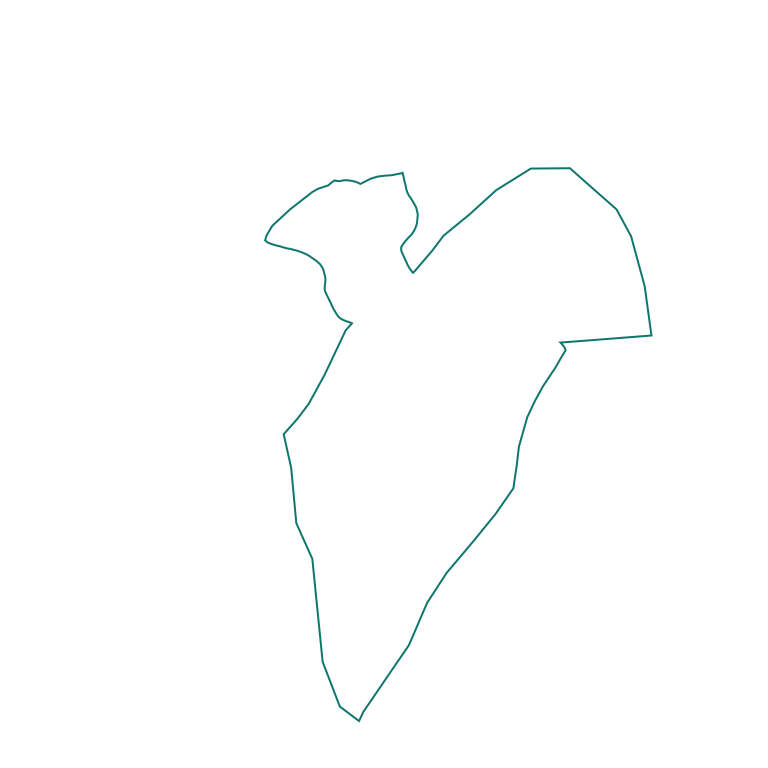 La Croix Chaubough, Castries, Saint Lucia (Albers equal-area conic projection), rotated 127°
{"feature_id": "8701671B80997210152417", "entity_name": "La Croix Chaubough", "entity_type": "district", "adm_level": 2, "iso_a3": "LCA", "parent_name": "Saint Lucia", "parent_adm1": "Castries", "projection": "albers", "projection_center": [-60.941, 14.011], "detail": "fine", "context": "isolated", "style": "outline", "palette": "teal", "viewbox_px": 768, "rotation_deg": 127, "n_neighbors": 0, "source": "geoboundaries", "source_scale": "gbopen_adm2", "svg_char_len": 5013}
<svg xmlns="http://www.w3.org/2000/svg" viewBox="0 0 768 768"><g transform="rotate(127 384 384)"><path d="M184.3,199.6L148.9,234.8L117.3,275.6L104.6,303.4L102.1,335.8L99.8,365.4L118.0,389.1L123.6,396.4L142.1,403.5L161.6,411.0L176.8,413.9L196.4,417.6L229.7,425.7L248.6,425.7L275.6,427.4L277.1,427.6L277.8,427.7L277.7,428.5L275.9,434.1L275.6,434.7L275.4,435.3L274.9,436.3L274.4,437.3L273.8,438.3L273.0,439.8L272.7,440.3L272.2,441.4L271.6,442.5L271.0,443.6L270.4,444.6L269.8,445.9L269.2,446.8L268.7,447.8L268.2,448.9L267.5,449.8L266.8,450.6L266.0,451.5L265.5,451.8L264.9,452.2L264.1,452.7L263.1,452.8L262.0,452.8L260.9,452.9L259.6,452.9L258.4,452.9L257.2,453.0L256.1,452.8L254.9,452.7L253.7,452.6L252.8,452.6L252.1,452.5L251.5,452.4L250.3,452.2L249.1,452.1L247.9,451.9L246.9,452.0L245.7,452.0L244.5,452.2L243.8,452.2L243.2,452.3L242.2,452.5L240.8,452.7L239.6,453.1L238.5,453.4L237.4,453.8L236.3,454.2L235.3,454.7L234.4,455.3L233.4,455.8L232.5,456.4L231.4,457.1L230.0,458.0L229.4,458.3L228.8,458.7L228.3,459.1L227.7,459.7L226.9,460.6L226.1,461.6L225.4,462.4L224.3,463.7L224.0,464.1L223.4,465.1L222.8,466.2L222.5,467.2L221.9,468.6L221.5,469.4L221.2,470.1L220.9,470.8L220.4,472.0L220.0,473.0L219.5,474.4L219.1,475.7L218.7,476.8L218.4,477.9L217.8,478.9L217.2,480.1L216.8,480.9L216.2,481.8L215.5,482.7L214.6,483.9L213.6,484.9L212.8,485.8L212.1,486.6L211.4,487.6L210.7,488.4L209.9,489.5L209.2,490.3L208.5,491.2L207.7,492.0L207.0,492.8L206.2,493.7L205.5,494.6L204.7,495.5L204.1,496.3L205.5,497.1L206.8,498.3L212.8,503.7L216.0,507.4L217.6,509.2L219.3,511.0L222.3,514.0L228.2,518.3L238.4,523.2L238.7,524.5L238.8,525.1L238.9,525.7L239.0,526.3L239.1,526.9L239.3,527.5L239.5,528.1L239.7,528.7L239.9,529.3L240.2,529.8L240.5,530.5L240.9,531.3L241.1,531.9L241.5,532.5L241.9,533.2L242.2,533.8L242.6,534.6L242.9,535.1L243.2,535.6L243.6,536.2L243.9,536.7L244.3,537.2L244.8,537.8L245.3,538.4L245.8,539.0L246.2,539.4L247.0,540.0L247.5,540.5L248.1,540.8L248.6,541.3L248.9,541.8L249.4,542.4L249.8,543.1L250.0,543.7L250.4,544.2L250.7,544.8L251.0,545.4L251.1,546.0L254.9,547.2L259.0,548.1L260.6,549.2L264.9,552.2L268.0,554.3L273.9,556.8L301.1,564.1L324.8,568.4L336.1,567.2L340.8,565.4L341.0,562.1L340.8,561.4L340.7,560.8L340.5,560.2L340.3,559.4L340.1,558.7L340.0,558.1L339.7,557.6L339.5,556.9L339.3,556.3L339.0,555.7L338.8,555.0L338.6,554.4L338.3,553.8L338.1,553.2L337.8,552.6L337.6,552.0L337.3,551.3L337.0,550.7L336.8,550.2L336.5,549.6L336.3,548.8L336.0,548.2L335.8,547.6L335.6,547.0L335.3,546.4L335.1,545.7L334.9,545.1L334.7,544.6L334.4,543.9L334.1,543.2L333.8,542.6L333.4,541.8L333.1,541.3L332.8,540.7L332.4,539.9L332.2,539.3L331.9,538.7L331.6,538.1L331.4,537.5L331.2,536.8L330.9,536.1L330.6,535.5L330.4,535.0L330.1,534.3L329.9,533.7L329.7,533.1L329.5,532.5L329.3,532.0L329.0,531.2L328.7,530.4L328.5,529.6L328.4,529.0L328.2,528.3L328.0,527.6L327.8,527.0L327.7,526.3L327.5,525.6L327.3,524.8L327.2,524.3L327.1,523.6L327.0,523.1L326.9,522.5L326.9,521.9L326.8,521.3L326.7,520.6L326.6,519.9L326.6,519.2L326.6,518.4L326.6,517.7L326.5,517.1L326.5,516.2L326.5,515.4L326.5,514.8L326.4,514.0L326.4,513.4L326.4,512.7L326.5,512.1L326.4,511.4L326.5,510.7L326.5,510.1L326.6,509.5L326.6,508.8L326.7,507.9L326.8,507.2L327.0,506.6L327.2,506.0L327.5,505.2L327.7,504.5L327.9,503.8L328.3,503.0L328.6,502.4L328.9,501.8L329.2,501.2L329.6,500.7L330.1,500.1L330.5,499.7L330.9,499.2L331.2,498.7L331.7,498.2L332.2,497.5L332.7,496.9L333.2,496.2L333.7,495.7L334.1,495.3L334.6,494.7L335.1,494.2L335.6,493.8L336.1,493.5L336.7,493.2L337.2,492.8L337.7,492.4L338.2,492.0L338.9,491.7L339.5,491.3L340.1,491.0L340.6,490.7L341.2,490.3L341.8,490.0L342.3,489.7L342.8,489.3L343.5,488.8L344.1,488.2L344.7,487.6L345.2,487.2L345.5,486.7L345.8,486.2L346.1,485.6L346.4,485.0L346.8,484.4L347.0,483.8L347.4,483.2L347.8,482.4L348.0,481.8L348.5,481.0L349.0,479.9L349.4,479.3L349.6,478.7L349.9,478.2L350.2,477.6L350.5,477.0L350.7,476.5L351.0,475.9L351.3,475.2L351.7,474.6L352.0,474.1L352.4,473.5L352.7,472.9L353.0,472.3L353.4,471.6L353.7,471.0L354.0,470.4L354.3,469.8L354.6,469.2L354.8,468.7L355.1,468.1L355.3,467.4L355.5,466.8L355.8,466.2L356.0,465.7L356.4,464.8L356.6,464.2L356.8,463.5L357.0,462.9L357.3,462.2L357.5,461.4L357.6,460.9L357.8,460.3L357.8,459.6L357.8,458.9L357.8,458.0L357.8,457.3L357.7,456.7L357.6,455.9L357.5,455.3L357.2,454.4L357.0,453.7L356.8,453.0L356.7,452.4L356.5,451.8L356.3,451.1L356.1,450.5L355.8,449.9L355.5,449.0L355.4,448.5L355.1,447.6L355.0,447.0L354.8,446.1L364.2,446.9L411.7,437.1L445.0,432.2L463.9,432.2L484.5,433.9L506.7,407.8L547.9,370.3L566.8,336.0L642.8,265.8L668.2,225.1L668.2,201.1L658.2,203.2L591.7,206.3L577.7,206.9L569.0,209.0L532.7,217.9L508.7,219.5L497.1,220.3L484.7,219.6L453.3,217.9L426.0,216.9L421.4,216.7L417.5,216.8L389.4,217.9L379.4,223.4L369.3,228.9L360.3,234.2L352.7,238.6L344.7,241.7L324.3,249.6L306.5,253.3L289.9,255.7L268.6,256.9L257.0,258.3L247.7,259.3L246.9,260.7L246.4,261.5L245.9,262.6L245.5,264.2L245.3,265.0L245.0,266.1L244.8,267.1L244.7,268.0L226.2,247.0L184.3,199.6Z" fill="none" stroke="#0f766e" stroke-width="2"/></g></svg>